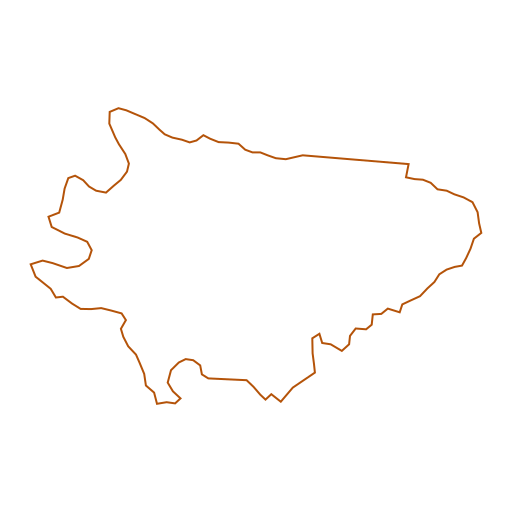 Tunápolis, Santa Catarina, Brazil (orthographic projection)
{"feature_id": "56859067B92561105565380", "entity_name": "Tunápolis", "entity_type": "district", "adm_level": 2, "iso_a3": "BRA", "parent_name": "Brazil", "parent_adm1": "Santa Catarina", "projection": "orthographic", "projection_center": [-53.66, -26.989], "detail": "fine", "context": "isolated", "style": "outline", "palette": "amber", "viewbox_px": 512, "rotation_deg": 0, "n_neighbors": 0, "source": "geoboundaries", "source_scale": "gbopen_adm2", "svg_char_len": 1742}
<svg xmlns="http://www.w3.org/2000/svg" viewBox="0 0 512 512"><path d="M408.6,164.1L302.7,155.3L285.8,159.2L275.8,158.2L267.6,155.3L260.3,152.4L252.5,152.4L245.2,149.7L238.5,143.7L228.8,142.6L218.6,142.1L210.1,138.7L203.4,135.2L196.5,140.5L189.7,142.4L181.9,139.7L172.4,137.6L164.7,134.3L159.5,129.7L152.9,123.4L144.7,118.1L135.0,114.0L126.3,110.3L118.5,108.2L109.7,111.9L109.3,123.6L115.2,137.3L118.9,144.2L125.3,154.0L128.9,163.6L127.0,171.6L120.8,179.9L113.8,185.7L106.0,192.6L96.1,190.7L89.0,186.5L83.2,180.2L75.1,175.7L68.3,178.1L64.6,188.6L62.7,199.7L59.2,212.6L48.5,216.7L51.7,227.0L64.8,233.6L77.6,237.5L87.2,241.8L91.7,250.2L88.8,258.9L79.0,266.0L66.9,268.0L59.9,265.6L52.6,263.1L42.6,260.6L30.7,264.3L35.6,276.7L41.5,281.4L50.7,288.8L55.9,297.5L62.9,296.7L72.1,303.6L80.6,308.9L91.0,309.1L101.2,308.1L111.0,310.5L121.6,313.4L125.9,320.1L120.9,328.8L123.3,336.8L128.2,346.3L136.0,354.6L139.6,362.8L144.2,373.9L145.9,385.5L154.1,392.6L157.0,403.8L166.6,402.2L175.1,403.4L180.5,398.4L172.9,391.3L167.7,382.6L171.0,370.2L178.8,362.5L185.7,359.1L193.2,360.2L200.2,365.4L201.9,374.4L208.3,378.4L246.6,380.2L253.5,386.8L260.3,394.7L265.5,399.6L271.3,394.2L280.8,401.7L292.8,387.6L314.9,372.6L314.0,364.1L312.6,353.3L312.3,338.3L319.4,333.8L322.2,343.0L330.7,344.3L341.8,350.9L349.1,344.3L350.0,335.9L355.7,328.5L366.1,329.3L371.7,324.7L372.8,314.4L381.3,313.9L387.8,308.6L399.7,312.3L402.3,304.4L410.8,300.4L420.0,296.2L427.5,288.3L434.4,282.0L439.3,274.3L446.6,269.6L454.7,266.9L462.0,265.6L466.2,258.0L470.5,248.7L473.9,238.7L481.3,232.9L479.1,223.3L477.6,212.2L472.5,202.2L463.6,197.4L454.3,194.3L446.7,190.7L437.5,189.3L430.7,182.8L422.9,179.7L414.6,179.1L406.0,177.3L408.6,164.1Z" fill="none" stroke="#b45309" stroke-width="2"/></svg>